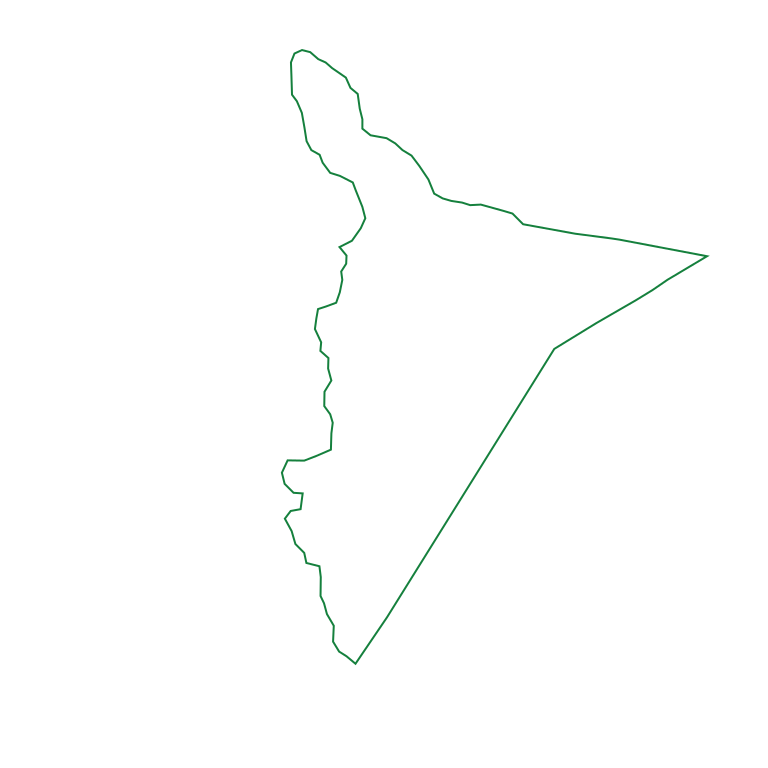 the district of Bela Vista do Maranhão, Maranhão, Brazil, rotated 117°
{"feature_id": "56859067B77541531950227", "entity_name": "Bela Vista do Maranhão", "entity_type": "district", "adm_level": 2, "iso_a3": "BRA", "parent_name": "Brazil", "parent_adm1": "Maranhão", "projection": "albers", "projection_center": [-45.274, -3.767], "detail": "fine", "context": "isolated", "style": "outline", "palette": "green", "viewbox_px": 768, "rotation_deg": 117, "n_neighbors": 0, "source": "geoboundaries", "source_scale": "gbopen_adm2", "svg_char_len": 1426}
<svg xmlns="http://www.w3.org/2000/svg" viewBox="0 0 768 768"><g transform="rotate(117 384 384)"><path d="M178.4,187.4L162.4,178.7L123.5,154.2L148.5,239.8L151.0,247.3L163.3,281.9L178.5,332.6L173.8,346.9L175.5,356.1L180.2,379.2L185.5,388.4L186.9,396.8L190.3,407.1L192.0,416.0L191.6,425.7L181.6,437.3L173.6,451.7L168.0,463.2L167.2,473.7L164.5,483.2L163.8,493.3L168.5,508.9L166.3,519.2L158.0,523.4L149.7,530.6L137.5,539.1L135.4,548.3L128.3,557.1L126.1,573.6L124.0,582.0L124.4,590.0L121.8,600.4L123.7,608.7L130.2,613.8L139.7,612.9L150.7,606.8L168.0,597.3L171.6,590.0L179.7,580.3L191.5,571.4L202.8,563.2L208.6,554.9L209.0,545.4L214.7,539.1L220.3,527.8L218.6,517.8L218.6,503.3L224.2,497.2L236.0,483.7L244.8,475.9L255.7,475.4L270.9,477.6L282.2,485.8L286.6,475.7L294.0,472.3L303.2,473.2L310.2,468.4L322.4,465.0L333.3,463.5L341.4,471.0L347.2,476.8L356.4,474.0L366.4,470.5L375.4,458.9L383.4,455.7L386.1,445.3L395.6,440.8L404.8,432.5L417.9,433.5L430.8,427.2L435.4,418.2L441.8,412.1L451.8,408.5L466.6,401.5L478.8,411.6L488.5,420.3L495.8,435.2L509.4,434.7L518.1,427.2L522.0,415.2L518.4,406.8L533.4,401.5L539.5,409.5L549.0,411.2L557.0,399.5L566.8,390.3L570.7,378.4L578.7,371.9L575.7,358.8L584.7,352.7L594.4,347.9L601.7,344.3L606.6,337.9L614.9,330.4L622.2,319.0L636.7,312.4L642.8,302.5L643.6,293.8L646.2,282.4L590.5,275.4L275.4,248.2L233.4,222.5L218.6,212.9L195.5,197.9L178.4,187.4Z" fill="none" stroke="#15803d" stroke-width="2"/></g></svg>